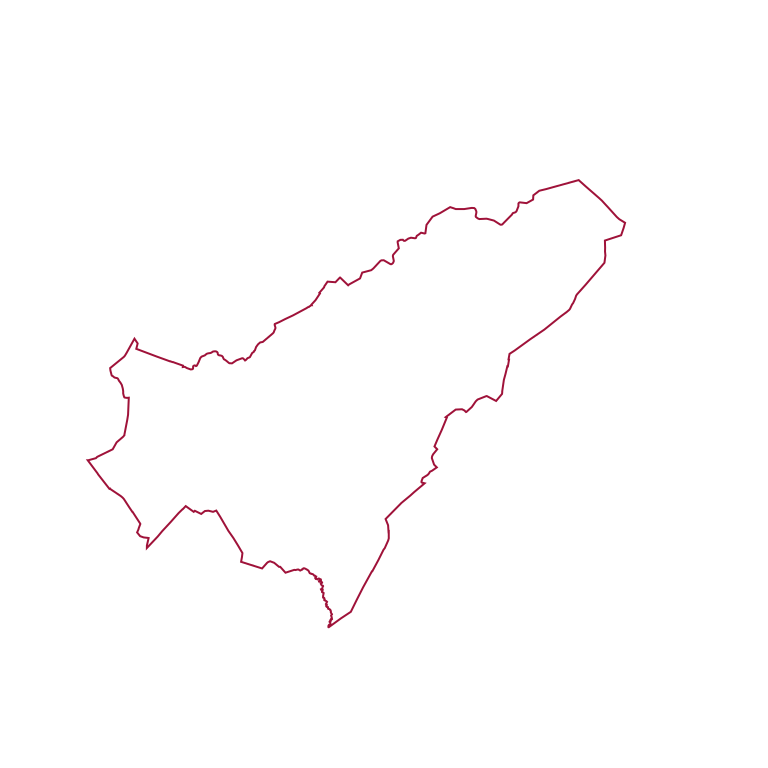 outline of Stelpes pag., Vecumnieku, Latvia, rotated 327°
{"feature_id": "27541924B70634924766209", "entity_name": "Stelpes pag.", "entity_type": "district", "adm_level": 2, "iso_a3": "LVA", "parent_name": "Latvia", "parent_adm1": "Vecumnieku", "projection": "orthographic", "projection_center": [24.499, 56.522], "detail": "fine", "context": "isolated", "style": "outline", "palette": "rose", "viewbox_px": 768, "rotation_deg": 327, "n_neighbors": 0, "source": "geoboundaries", "source_scale": "gbopen_adm2", "svg_char_len": 6115}
<svg xmlns="http://www.w3.org/2000/svg" viewBox="0 0 768 768"><g transform="rotate(327 384 384)"><path d="M663.9,388.4L670.0,383.6L674.0,380.1L671.1,374.0L670.2,370.7L668.1,357.6L667.5,354.2L666.6,348.8L665.6,345.0L660.8,328.2L658.3,319.0L626.0,308.8L619.5,306.5L612.0,307.1L609.5,310.5L602.1,310.0L596.8,305.6L595.9,305.5L595.1,305.8L593.5,308.2L589.3,311.2L588.4,311.5L587.4,311.5L585.3,310.9L584.7,311.0L583.6,311.6L572.2,314.1L570.1,314.6L569.4,314.4L568.4,313.8L565.2,306.8L561.1,302.3L560.0,301.2L553.8,297.6L553.5,297.2L552.9,296.3L552.1,294.1L552.1,293.6L552.6,292.8L554.4,291.0L555.1,290.2L555.5,289.3L555.9,286.9L555.5,285.6L553.5,284.1L546.6,281.0L539.4,276.3L538.0,274.4L535.8,271.7L523.8,271.2L515.9,270.1L506.3,273.7L500.8,280.1L500.0,279.9L497.5,277.3L494.2,277.6L492.2,277.6L490.3,278.9L489.4,278.7L486.3,276.0L483.6,275.3L479.8,275.4L478.8,274.9L478.5,274.2L478.4,273.3L476.2,272.0L473.2,271.8L472.6,272.6L470.3,278.3L462.1,280.6L461.1,281.5L459.3,286.0L459.0,286.4L457.8,287.2L457.1,287.5L455.9,287.6L455.1,287.4L454.6,286.8L451.2,280.1L449.2,278.9L448.0,278.8L438.0,281.3L435.3,281.6L426.4,278.7L421.4,282.4L409.0,281.5L407.7,281.7L405.2,270.8L405.0,270.7L398.7,272.2L392.4,267.4L387.1,269.6L386.4,270.3L379.4,272.3L379.6,273.2L372.2,276.4L366.4,277.9L366.3,278.5L365.9,278.2L364.7,278.4L363.5,278.3L362.9,278.5L361.8,278.1L360.5,278.2L345.0,276.9L336.3,275.7L329.6,275.0L325.1,274.2L324.5,274.8L323.8,277.2L323.5,277.9L322.8,278.5L321.4,279.3L319.5,280.7L318.4,281.0L305.2,282.7L302.8,281.7L300.0,282.1L296.9,283.3L294.0,285.5L293.2,285.5L292.4,286.1L290.3,286.2L286.2,288.4L285.7,288.4L283.6,288.0L281.4,288.6L280.3,288.6L280.2,287.6L279.8,286.0L279.6,285.5L278.9,285.1L273.2,283.8L267.8,283.9L265.8,282.5L265.4,281.9L264.4,278.6L263.8,277.1L263.2,276.0L263.3,275.0L263.6,273.3L263.3,272.1L262.5,271.1L261.3,270.1L260.8,268.9L261.0,268.2L261.5,267.2L261.5,266.4L261.1,265.5L260.7,265.0L259.4,264.1L258.0,263.6L256.4,263.7L255.1,263.4L253.2,262.5L251.7,262.1L249.3,262.4L246.0,261.7L244.9,261.9L244.0,262.2L240.4,264.7L237.3,266.5L236.7,266.7L236.0,266.5L235.8,265.8L235.3,265.3L234.9,265.1L234.1,265.1L233.6,265.2L232.3,267.0L232.0,267.2L231.2,267.2L229.8,266.5L227.3,263.2L226.5,261.5L225.9,260.8L224.5,260.2L225.4,259.1L220.1,252.2L219.0,250.7L218.6,250.5L217.1,248.5L216.9,248.5L208.2,237.0L195.4,219.6L199.5,215.8L199.4,210.1L185.1,217.7L182.0,219.2L180.5,219.6L163.0,221.5L161.9,223.7L160.4,228.1L160.3,228.7L160.8,229.6L161.5,231.8L163.5,233.9L163.7,234.4L163.7,235.3L163.5,236.9L163.7,239.3L163.6,241.9L162.5,245.4L161.4,247.9L160.1,249.9L159.4,251.9L159.0,253.5L159.0,253.9L159.2,254.2L160.8,255.6L162.5,256.5L152.6,270.4L149.0,274.4L138.4,285.4L138.4,285.5L136.8,286.1L128.0,287.3L120.9,291.0L103.8,288.9L102.0,289.3L94.5,286.9L94.0,286.6L95.1,303.2L95.0,303.9L96.6,322.4L97.3,322.5L97.3,322.8L97.5,323.6L102.2,334.6L102.9,336.9L103.2,338.7L103.2,348.9L103.3,354.3L103.5,354.4L103.5,368.4L103.4,368.7L99.6,371.5L98.9,372.2L96.1,374.0L96.6,378.8L98.9,381.8L102.2,384.5L102.7,385.0L97.2,390.3L95.8,392.4L111.1,388.7L117.9,386.6L129.8,383.6L141.4,380.4L146.9,379.3L147.1,379.4L151.2,378.4L154.8,387.6L156.3,387.3L159.9,393.4L164.6,393.0L167.7,394.6L171.0,398.1L174.4,398.8L174.3,406.2L173.5,422.4L173.8,431.1L173.6,439.9L173.2,448.7L170.6,451.8L167.3,455.3L181.3,472.3L188.5,470.3L189.8,470.2L191.9,470.6L194.5,474.1L196.4,480.2L197.4,480.8L198.6,488.6L207.5,491.0L208.4,491.8L210.4,492.5L211.3,493.1L211.8,494.3L212.1,494.8L212.5,494.9L213.7,494.9L214.2,495.1L214.6,494.8L215.0,495.0L215.3,494.8L216.0,494.7L216.9,495.3L217.7,496.5L218.1,497.5L218.4,497.8L219.0,499.4L218.7,502.2L219.6,503.6L219.8,503.6L220.8,504.9L221.0,505.6L221.0,506.5L221.2,506.8L221.6,507.0L222.0,508.2L222.3,508.6L222.0,508.9L221.1,508.8L220.6,509.3L220.6,510.1L220.6,510.3L221.2,510.6L221.7,511.6L221.9,511.7L222.2,511.5L223.1,511.5L223.5,511.7L223.7,512.4L224.4,513.1L224.6,513.5L224.5,513.8L224.2,514.3L222.4,513.9L222.0,514.0L221.9,514.3L222.0,514.6L223.4,515.0L223.8,515.6L223.8,515.9L224.0,516.7L223.9,516.9L223.1,517.1L222.4,516.9L222.2,517.0L222.1,518.5L222.3,519.2L222.4,519.5L222.8,519.8L222.9,520.2L222.8,520.4L222.2,520.6L221.0,521.7L220.0,521.9L219.3,521.8L219.2,522.2L219.9,522.8L220.4,522.9L220.6,523.1L220.5,523.3L219.0,524.2L218.7,524.7L219.0,525.4L219.4,525.7L219.6,526.3L219.5,526.5L218.7,527.3L218.3,527.8L218.0,528.0L217.3,528.8L217.2,529.2L216.7,529.7L216.6,530.0L216.7,530.3L217.3,530.9L217.3,531.1L217.0,531.7L217.0,532.2L216.9,532.3L216.4,532.4L216.2,532.7L216.3,533.0L216.5,533.2L217.4,534.8L217.6,535.7L215.4,536.9L215.4,537.0L215.8,537.5L215.8,538.2L215.4,538.4L214.8,538.4L214.5,538.9L214.6,539.8L215.5,540.6L215.2,541.5L214.7,541.9L215.1,542.6L215.6,543.0L216.0,544.1L215.6,544.7L215.8,545.4L215.3,546.3L215.0,546.6L214.9,547.4L215.0,548.5L214.9,548.9L213.8,549.2L213.5,549.4L213.3,550.2L213.2,550.9L212.7,552.0L212.4,552.9L212.2,553.0L211.6,552.9L211.5,552.3L210.5,552.8L210.6,553.2L210.6,553.5L210.4,553.7L210.1,553.8L209.7,553.6L209.1,553.6L208.8,553.8L209.0,554.8L208.8,555.0L208.6,555.8L208.2,556.1L207.7,556.3L206.8,556.0L205.9,556.4L205.2,557.2L205.0,557.7L205.2,557.9L220.3,557.1L232.1,557.0L243.7,550.1L255.8,543.1L271.9,534.5L272.2,534.7L283.2,528.7L293.4,522.7L295.2,522.1L302.3,517.5L304.0,516.0L304.8,514.7L307.6,510.4L307.3,510.4L310.5,504.7L311.8,498.1L334.0,493.2L345.3,491.9L350.3,491.1L364.0,489.4L362.0,487.2L362.0,486.6L362.7,485.8L365.3,483.9L371.0,484.0L372.7,483.6L374.8,482.6L377.1,482.9L382.9,482.7L382.1,478.9L383.8,472.1L385.0,470.8L386.9,469.7L393.1,467.7L392.3,463.9L398.2,459.9L407.7,453.8L418.4,446.4L417.7,445.4L430.2,444.5L435.7,447.7L437.0,449.9L437.5,452.2L437.9,452.3L445.2,451.1L451.5,448.5L454.0,448.0L463.3,449.9L463.7,450.2L468.8,459.3L477.6,456.6L478.9,455.0L479.0,454.7L486.8,445.8L491.2,441.9L497.1,436.3L497.5,436.7L502.2,431.6L501.8,431.2L505.7,427.1L511.8,427.1L531.2,426.1L548.1,425.7L568.7,423.6L576.7,423.1L579.7,422.7L580.9,422.3L585.1,419.7L586.6,419.2L590.6,416.7L593.2,414.6L594.5,414.0L607.0,410.6L634.9,402.4L639.7,396.8L641.5,393.3L643.7,390.1L647.4,384.0L663.9,388.4Z" fill="none" stroke="#9f1239" stroke-width="2"/></g></svg>